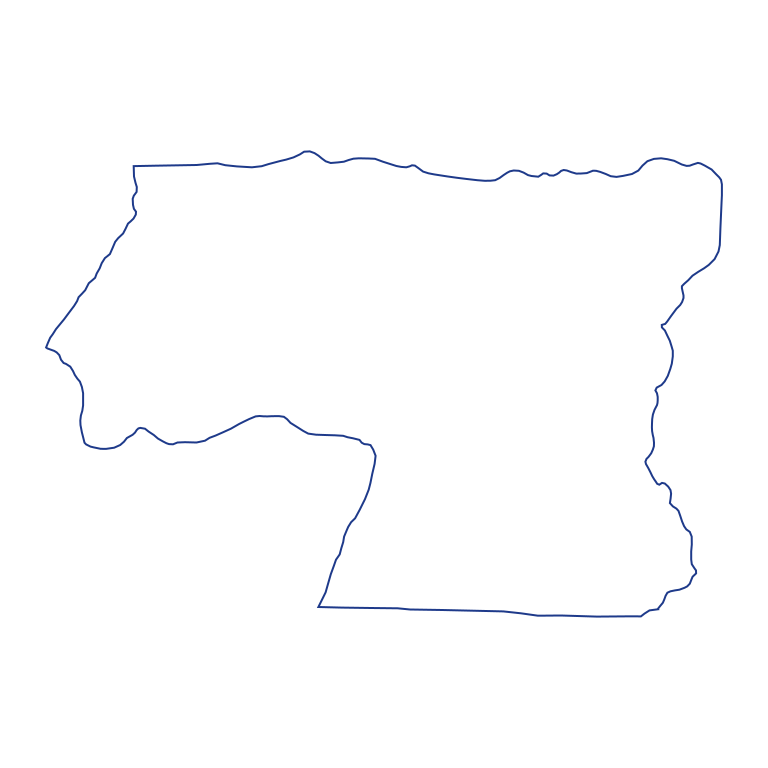 Haut-Ntem, Wouleu-Ntem, Gabon (orthographic projection)
{"feature_id": "22940354B67631152101375", "entity_name": "Haut-Ntem", "entity_type": "district", "adm_level": 2, "iso_a3": "GAB", "parent_name": "Gabon", "parent_adm1": "Wouleu-Ntem", "projection": "orthographic", "projection_center": [12.589, 1.764], "detail": "fine", "context": "isolated", "style": "outline", "palette": "blue", "viewbox_px": 768, "rotation_deg": 0, "n_neighbors": 0, "source": "geoboundaries", "source_scale": "gbopen_adm2", "svg_char_len": 4447}
<svg xmlns="http://www.w3.org/2000/svg" viewBox="0 0 768 768"><path d="M46.1,347.5L47.3,348.4L50.3,349.5L54.2,350.9L56.7,352.4L59.3,355.1L60.3,357.8L61.0,359.7L63.6,363.0L66.0,363.9L70.3,366.7L73.0,371.0L74.8,374.9L77.4,378.7L79.9,381.6L81.9,387.0L83.1,393.2L83.1,399.6L83.1,405.4L82.3,410.8L80.9,415.5L80.3,420.5L80.5,425.1L81.9,432.4L83.3,437.9L84.5,442.7L86.1,444.4L90.5,446.6L93.8,447.4L100.6,448.8L105.9,448.9L114.2,447.7L120.2,445.0L124.0,441.7L126.9,438.0L132.6,434.8L135.0,432.6L136.7,430.0L138.4,428.4L140.3,427.9L145.0,428.7L148.5,431.5L153.8,435.0L158.0,438.6L162.9,441.4L166.4,443.2L169.0,444.1L173.0,444.3L177.5,442.5L185.0,442.2L196.5,442.5L205.0,440.7L209.6,437.8L215.5,435.6L223.2,432.2L230.9,428.7L239.1,424.0L244.1,421.5L249.3,419.0L255.6,416.4L259.6,416.0L263.1,416.3L267.4,416.4L271.5,416.2L278.9,416.1L283.9,416.8L287.1,419.2L290.5,422.9L296.9,426.9L303.2,430.9L308.2,433.6L316.0,434.7L324.8,435.0L334.9,435.3L343.2,435.8L347.5,437.2L353.1,438.3L359.5,439.9L361.7,442.7L364.3,444.1L367.7,444.4L370.5,445.1L373.2,449.6L375.6,455.8L374.6,463.9L372.3,473.7L370.4,483.1L368.7,489.7L365.0,499.1L359.7,509.8L355.1,518.3L351.1,522.2L348.2,526.9L346.8,530.1L344.1,536.6L343.2,542.1L341.3,548.3L339.7,554.4L336.0,559.7L333.8,566.0L330.8,574.2L328.1,583.6L325.6,592.4L318.4,607.0L341.9,607.6L371.0,608.0L397.7,608.3L410.1,609.5L442.2,610.0L503.3,611.4L520.9,613.3L538.0,615.7L560.9,615.5L596.9,616.6L632.6,616.3L640.9,616.4L644.5,613.6L649.5,610.4L657.7,609.3L657.6,609.2L660.4,605.7L662.9,602.7L664.3,599.4L665.6,595.8L667.4,592.7L670.5,591.3L674.9,590.4L679.4,589.7L684.5,587.8L687.2,586.4L689.8,583.7L691.4,579.6L692.6,576.7L696.1,573.4L696.0,570.4L694.6,568.5L691.8,564.2L691.2,559.5L691.2,551.4L691.8,544.5L691.7,536.6L689.8,531.9L686.3,529.4L684.1,526.2L682.1,521.5L680.2,515.7L678.5,510.9L676.4,508.6L672.9,506.4L669.9,503.1L670.6,498.5L671.1,493.7L670.5,490.1L668.2,486.6L664.8,483.5L662.0,482.9L659.3,484.7L657.2,483.8L655.9,481.8L654.1,479.2L652.3,476.2L650.3,472.0L648.3,468.1L646.0,464.1L645.4,461.7L646.5,458.9L648.5,456.9L651.2,453.3L652.9,449.5L653.9,446.3L654.0,442.7L653.5,437.9L652.8,435.1L652.1,431.1L651.9,427.3L652.0,423.5L652.2,419.1L652.9,414.6L654.5,409.9L655.9,407.2L657.0,405.1L657.5,403.0L657.7,400.4L657.7,396.9L657.0,393.3L655.4,390.4L656.7,387.6L661.5,385.0L664.7,381.4L667.8,375.9L670.3,368.9L671.8,363.7L672.8,356.4L672.8,350.7L671.6,346.5L669.8,340.7L667.4,335.8L664.9,330.5L661.9,327.4L661.8,324.9L665.2,323.9L667.2,321.5L671.0,316.1L676.5,308.7L680.2,305.0L682.1,302.0L683.5,298.0L683.5,295.4L682.6,291.4L681.9,288.2L681.9,286.2L684.1,283.9L688.3,280.2L692.5,275.7L698.3,271.8L704.2,268.2L708.8,264.9L714.6,259.1L718.5,251.5L719.8,245.1L720.4,228.5L721.5,203.7L721.9,195.2L721.9,184.3L721.0,179.8L719.2,177.3L716.0,174.1L711.6,169.5L704.8,165.6L700.6,163.5L697.9,162.9L692.9,164.5L689.7,165.7L686.6,165.9L681.8,164.5L678.7,163.0L674.2,160.8L667.4,159.2L661.1,158.3L653.9,158.9L647.4,161.2L642.5,165.6L638.3,170.6L632.0,174.0L623.0,175.9L616.5,176.9L610.7,176.2L605.8,174.0L600.2,171.9L596.1,170.8L593.0,170.7L586.8,173.1L581.2,173.5L576.3,173.6L571.4,172.2L566.9,170.5L563.7,170.0L561.1,170.9L559.2,172.6L556.8,174.2L553.5,175.6L549.5,175.4L546.7,173.6L543.2,173.4L541.3,174.8L538.3,176.7L531.5,176.0L528.0,175.1L523.6,172.6L518.9,170.8L513.7,170.5L509.9,171.3L507.2,172.7L503.7,175.0L499.6,178.0L495.2,180.2L490.6,180.7L484.9,180.8L477.3,180.2L466.0,178.9L457.1,177.8L447.8,176.5L440.6,175.4L434.2,174.4L428.5,173.3L423.1,171.6L418.4,168.1L414.9,165.6L412.0,165.3L409.8,166.3L406.3,167.3L401.2,166.9L396.4,166.0L390.1,164.0L382.9,161.7L375.0,158.8L368.6,158.5L358.9,158.3L353.4,158.7L348.7,160.0L343.9,161.7L337.9,162.4L330.7,163.0L325.7,161.3L321.9,158.5L318.5,155.7L314.5,153.1L309.8,151.4L304.1,151.7L299.9,154.4L293.5,157.4L286.2,159.6L280.2,161.0L268.5,164.1L261.7,166.2L251.9,167.3L236.9,166.4L225.3,165.2L217.5,163.3L209.8,163.8L196.7,165.0L155.1,165.7L134.6,166.1L133.7,166.1L134.0,176.5L135.5,182.8L136.8,187.0L136.6,191.9L133.8,195.7L132.7,198.8L133.0,204.8L133.9,208.8L136.0,211.7L135.8,214.6L133.5,218.6L130.6,221.4L128.0,223.6L125.5,228.9L123.1,233.5L118.1,238.2L115.2,241.8L112.4,248.4L109.9,254.1L104.9,258.1L101.7,263.2L99.7,268.3L96.7,273.5L95.1,277.8L92.1,280.4L88.8,283.2L87.3,286.1L85.2,290.2L81.8,293.9L78.6,297.2L77.1,301.1L74.1,305.9L68.6,313.2L64.0,319.4L56.0,329.1L52.7,334.3L50.2,337.7L47.8,343.2L46.1,347.5L46.1,347.5Z" fill="none" stroke="#1e3a8a" stroke-width="2"/></svg>